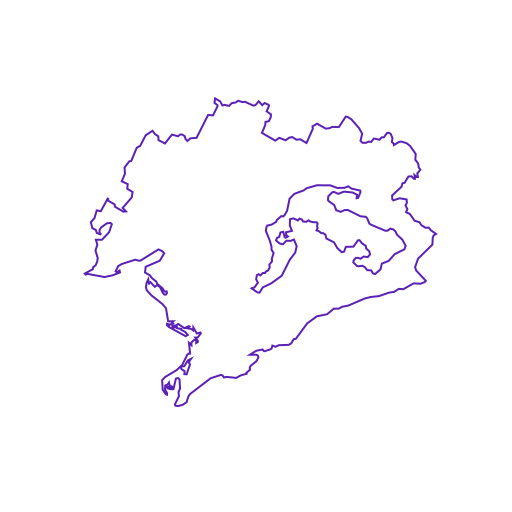 an SVG outline of Krasnodar, rotated 297°
{"feature_id": "RUS-2371", "entity_name": "Krasnodar", "entity_type": "Territory", "adm_level": 1, "iso_a3": "RUS", "parent_name": "Russia", "parent_adm1": "", "projection": "mercator", "projection_center": [39.522, 45.126], "detail": "fine", "context": "isolated", "style": "outline", "palette": "violet", "viewbox_px": 512, "rotation_deg": 297, "n_neighbors": 0, "source": "natural_earth", "source_scale": "10m", "svg_char_len": 6141}
<svg xmlns="http://www.w3.org/2000/svg" viewBox="0 0 512 512"><g transform="rotate(297 256 256)"><path d="M346.2,408.0L327.3,401.6L318.3,402.8L315.8,405.3L311.0,418.6L309.4,418.2L306.0,415.2L303.2,408.9L293.3,402.3L291.5,398.1L286.7,395.3L283.8,391.2L276.1,383.8L271.7,377.0L267.6,372.3L253.6,360.6L249.9,355.8L246.6,353.6L244.4,349.2L236.4,345.8L229.9,337.6L219.2,332.2L200.3,329.1L198.9,327.3L194.2,327.1L191.6,325.4L187.0,317.0L184.0,314.5L183.6,311.3L180.7,311.9L178.9,310.8L175.1,306.9L174.8,306.2L175.7,304.3L171.6,299.2L165.3,295.4L168.2,301.1L168.0,303.0L166.7,304.2L162.5,304.1L155.6,301.1L153.6,301.1L152.0,302.3L147.5,300.5L146.8,301.1L142.7,296.6L138.4,293.7L134.9,284.6L133.2,282.6L134.4,280.4L134.1,278.7L126.5,271.1L103.3,260.0L100.6,259.5L94.2,260.5L90.2,258.3L87.0,254.8L86.0,252.1L87.1,251.1L96.0,251.0L99.7,248.7L103.4,248.5L111.4,243.8L111.9,241.9L110.4,240.3L99.9,242.9L98.5,240.3L97.9,237.1L99.1,236.1L100.8,241.0L101.5,240.6L101.5,237.7L103.8,235.9L101.1,235.5L99.5,233.9L95.9,235.4L93.3,239.2L92.0,239.7L91.9,238.4L94.4,233.6L102.9,228.7L107.0,230.0L118.3,237.1L123.1,238.8L121.4,241.0L120.9,244.8L118.2,245.8L119.1,247.9L129.5,246.4L130.7,244.3L134.9,244.8L132.0,242.7L125.3,242.2L124.0,240.3L124.4,239.7L136.8,239.6L138.3,240.1L139.1,241.6L148.2,235.7L147.2,239.0L149.7,237.7L153.5,239.2L154.0,241.0L151.3,242.2L152.9,243.2L154.1,242.5L155.8,239.0L156.9,241.0L162.0,242.0L162.6,241.2L160.1,238.5L163.9,232.6L161.2,233.8L161.6,231.4L160.3,227.4L163.0,228.7L163.0,228.0L159.2,224.9L160.1,217.5L156.7,215.4L155.8,213.2L155.0,213.8L155.0,215.3L155.9,216.7L157.6,217.1L155.8,218.4L157.1,222.6L156.3,223.0L156.2,227.5L154.7,231.1L152.6,229.7L153.2,210.6L154.0,208.0L155.2,207.5L155.5,209.3L154.4,210.0L156.3,210.6L158.2,213.0L158.9,211.3L160.3,211.9L157.9,207.4L168.6,199.5L170.7,194.5L173.4,180.8L175.9,174.2L178.0,172.3L182.4,170.7L186.3,170.6L182.0,173.7L183.5,173.0L184.8,173.7L182.6,179.8L185.2,181.2L184.7,184.7L180.9,189.6L180.0,192.0L180.8,193.3L182.5,193.5L183.9,192.5L183.0,191.2L183.2,189.9L184.8,187.3L186.3,180.8L187.9,178.8L189.1,173.2L190.6,170.4L190.9,164.6L196.3,162.6L208.1,172.4L216.8,173.0L217.7,170.0L217.6,166.1L199.7,155.3L198.7,154.0L197.8,150.0L188.0,140.1L184.4,137.8L178.6,137.9L178.4,139.6L181.1,141.0L179.6,142.3L173.6,136.9L168.5,130.6L163.7,114.4L162.1,112.7L162.6,111.4L170.1,116.6L172.1,116.0L174.9,117.3L178.7,117.1L182.3,115.9L188.0,110.5L194.0,109.5L197.8,106.0L200.6,111.4L210.4,114.3L218.9,113.1L219.4,111.3L217.3,108.2L210.9,105.0L208.1,104.8L205.6,106.1L204.8,108.4L204.2,103.8L206.5,101.4L206.5,97.5L211.2,93.5L216.4,94.9L224.3,93.4L225.5,97.4L239.8,97.8L239.7,98.5L238.2,98.7L237.8,106.6L235.9,107.9L235.3,117.7L236.7,119.9L238.3,115.4L251.8,118.7L257.0,117.0L257.5,110.7L261.8,109.1L261.6,102.5L269.8,101.9L275.2,98.7L282.8,100.1L284.0,101.7L298.3,100.6L301.6,102.8L313.4,102.9L320.0,106.6L320.6,107.0L318.8,110.5L318.3,114.6L315.0,116.5L314.9,123.8L326.0,126.0L327.3,132.2L329.7,133.2L330.7,134.9L330.4,138.2L328.4,139.9L327.3,142.6L331.1,144.2L334.3,149.4L359.9,149.3L361.8,153.9L372.2,153.7L373.0,153.1L373.6,149.5L377.8,148.0L377.5,153.8L374.9,157.7L376.4,159.4L377.5,163.9L381.0,164.9L383.7,168.3L386.2,169.6L387.0,174.2L388.4,176.1L388.8,185.5L390.2,187.0L395.1,188.2L393.2,193.1L396.2,194.2L396.4,198.4L396.0,199.4L389.7,199.8L389.0,205.0L386.6,206.1L382.0,206.3L379.8,203.6L376.8,204.8L368.4,205.4L367.5,220.8L371.8,223.0L372.6,229.9L376.4,231.8L378.4,234.2L378.0,239.2L380.1,242.5L379.6,249.7L395.0,248.9L397.2,247.5L401.6,250.4L401.2,260.4L403.1,263.3L405.6,265.3L408.5,271.3L421.0,272.7L421.5,274.7L421.1,278.9L416.6,290.0L413.1,295.1L406.1,296.8L405.2,299.4L406.6,302.4L409.1,304.5L409.9,306.8L414.2,307.7L415.7,313.3L418.6,314.0L419.9,316.1L424.9,316.8L426.0,318.1L426.0,320.5L423.0,324.1L419.2,325.3L418.6,327.8L417.5,328.5L422.6,331.7L424.0,333.7L424.9,339.0L424.0,343.4L419.4,352.0L414.0,354.3L412.1,358.4L408.7,360.9L407.5,363.3L402.8,362.2L399.9,364.4L399.3,363.2L400.1,360.5L396.9,362.6L396.5,361.7L397.6,358.3L396.0,355.7L388.8,355.2L387.2,353.5L383.7,354.2L371.7,349.8L368.4,351.7L367.9,353.1L372.6,357.7L374.8,364.5L371.9,366.3L368.9,366.3L366.5,369.6L363.2,369.8L363.3,374.1L359.4,381.2L360.3,386.4L358.5,389.5L358.1,394.2L359.7,397.0L358.3,400.2L357.4,406.4L354.9,404.9L352.5,405.2L346.2,408.0ZM295.5,258.4L291.1,255.7L288.2,252.2L286.3,252.2L282.7,253.5L276.2,261.1L271.5,265.5L268.6,267.0L266.7,270.3L260.6,271.4L258.5,272.7L254.4,271.8L252.1,273.4L248.7,273.4L246.5,271.8L244.9,271.8L244.0,269.8L240.7,268.7L241.0,266.6L239.3,265.5L235.3,266.7L233.1,269.8L227.4,268.9L225.2,266.8L224.2,273.8L225.0,275.8L231.1,276.3L238.6,282.0L250.1,287.9L267.9,287.8L276.9,289.4L283.2,287.8L287.9,282.3L285.2,280.0L283.5,276.2L278.6,274.6L277.9,271.4L278.9,266.8L281.6,266.5L283.5,268.0L288.1,267.1L289.9,269.3L285.8,273.0L285.7,274.1L287.9,275.6L288.4,273.3L290.8,272.0L294.7,276.6L298.5,272.3L304.2,269.6L306.5,272.2L306.7,277.2L309.2,277.9L309.3,280.5L308.1,282.0L309.3,285.3L311.6,286.6L311.3,288.4L312.1,291.7L313.6,294.8L312.7,296.3L310.6,296.6L309.0,298.2L306.3,298.3L306.7,300.6L306.0,303.7L306.8,305.3L306.6,308.1L303.5,310.8L303.6,319.3L300.0,324.8L298.3,330.6L299.8,332.5L304.9,331.9L308.6,338.6L316.2,339.7L317.1,341.0L315.4,344.7L314.9,349.1L312.7,350.8L311.6,354.8L309.2,356.9L305.8,356.1L304.4,352.2L301.0,350.4L300.7,347.7L299.6,345.8L296.5,345.0L294.5,345.6L293.0,350.3L293.3,352.0L295.6,355.2L295.5,357.9L293.9,361.6L295.5,365.2L293.7,367.9L293.7,369.0L294.0,370.3L300.6,373.0L306.3,371.6L312.0,376.5L320.6,378.7L329.3,385.2L333.0,384.7L337.0,379.0L339.0,371.9L341.3,369.0L342.0,365.9L341.4,363.3L338.2,361.6L337.2,359.7L336.1,344.6L336.3,342.3L340.0,338.1L340.8,336.0L338.8,331.2L338.7,316.8L337.1,314.1L333.8,311.4L333.2,306.7L336.9,302.6L337.9,295.8L338.6,294.7L342.0,293.3L347.5,295.1L348.5,296.3L348.7,301.0L353.3,305.2L356.5,313.4L356.4,318.2L353.2,319.4L354.2,320.6L360.4,320.1L361.6,319.1L359.4,310.4L360.0,306.7L356.8,303.7L353.5,297.4L352.7,290.2L346.7,278.2L339.3,270.3L336.1,268.7L328.8,262.0L322.3,259.9L310.3,263.2L305.5,262.9L303.6,262.3L303.0,260.4L297.5,258.2L295.5,258.4Z" fill="none" stroke="#5b21b6" stroke-width="2"/></g></svg>